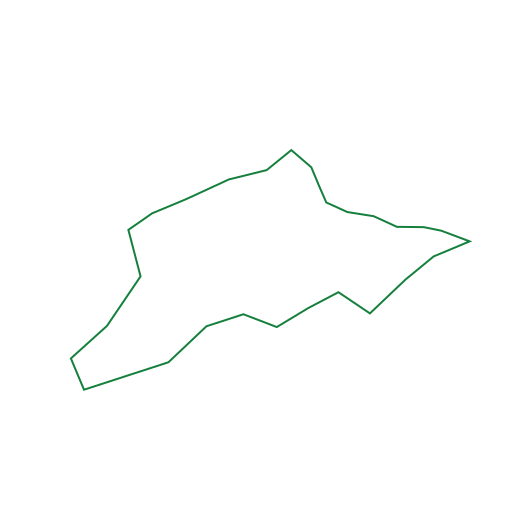 Temvria, Nicosia, Cyprus, rotated 342°
{"feature_id": "46923920B57973274599513", "entity_name": "Temvria", "entity_type": "district", "adm_level": 2, "iso_a3": "CYP", "parent_name": "Cyprus", "parent_adm1": "Nicosia", "projection": "natural_earth1", "projection_center": [32.889, 35.023], "detail": "fine", "context": "isolated", "style": "outline", "palette": "green", "viewbox_px": 512, "rotation_deg": 342, "n_neighbors": 0, "source": "geoboundaries", "source_scale": "gbopen_adm2", "svg_char_len": 523}
<svg xmlns="http://www.w3.org/2000/svg" viewBox="0 0 512 512"><g transform="rotate(342 256 256)"><path d="M322.3,166.2L292.7,177.6L253.8,174.8L206.6,180.4L170.5,183.3L142.7,191.7L139.9,239.7L92.7,276.4L48.3,296.2L51.1,330.0L101.1,330.0L139.9,330.0L187.2,307.5L226.0,307.5L253.8,330.0L289.9,321.6L323.2,315.9L346.6,345.8L390.9,324.6L424.8,311.3L463.7,308.1L439.9,289.1L424.5,280.4L399.0,271.8L380.2,254.5L356.4,242.4L339.4,226.8L337.7,209.5L336.0,188.7L322.3,166.2Z" fill="none" stroke="#15803d" stroke-width="2"/></g></svg>